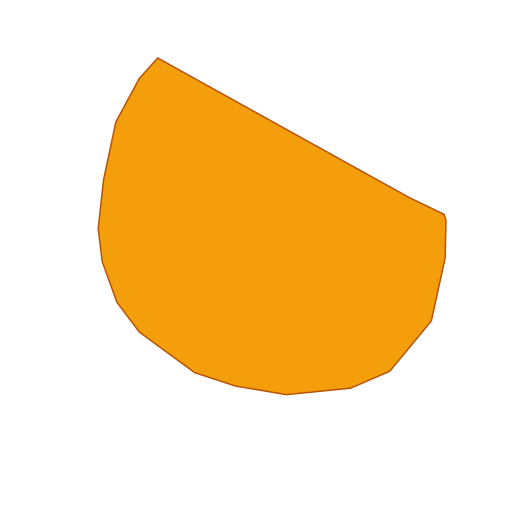 outline of Yangambi, Orientale, Democratic Republic of the Congo, rotated 207°
{"feature_id": "63176286B49026377824569", "entity_name": "Yangambi", "entity_type": "district", "adm_level": 2, "iso_a3": "COD", "parent_name": "Democratic Republic of the Congo", "parent_adm1": "Orientale", "projection": "orthographic", "projection_center": [24.481, 0.79], "detail": "fine", "context": "isolated", "style": "filled", "palette": "amber", "viewbox_px": 512, "rotation_deg": 207, "n_neighbors": 0, "source": "geoboundaries", "source_scale": "gbopen_adm2", "svg_char_len": 408}
<svg xmlns="http://www.w3.org/2000/svg" viewBox="0 0 512 512"><g transform="rotate(207 256 256)"><path d="M103.0,374.2L107.3,378.5L145.6,377.6L403.6,386.7L433.5,387.8L440.6,361.1L441.7,311.7L426.4,254.7L409.0,208.7L390.5,181.2L358.9,151.6L325.2,135.2L257.6,124.2L215.2,130.8L166.1,146.2L111.7,181.2L84.5,214.1L70.3,277.7L86.6,340.2L103.0,374.2Z" fill="#f59e0b" stroke="#b45309" stroke-width="1.5"/></g></svg>